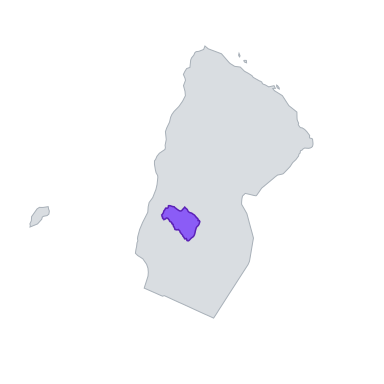 As Sawm, Hadramawt, Yemen (highlighted), rotated 133°
{"feature_id": "15242507B25439284744831", "entity_name": "As Sawm", "entity_type": "district", "adm_level": 2, "iso_a3": "YEM", "parent_name": "Yemen", "parent_adm1": "Hadramawt", "projection": "equal_earth", "projection_center": [49.843, 16.023], "detail": "fine", "context": "in_parent", "style": "filled", "palette": "violet", "viewbox_px": 384, "rotation_deg": 133, "n_neighbors": 0, "source": "geoboundaries", "source_scale": "gbopen_adm2", "svg_char_len": 7433}
<svg xmlns="http://www.w3.org/2000/svg" viewBox="0 0 384 384"><g transform="rotate(133 192 192)"><path d="M294.9,161.4L283.5,166.8L280.5,169.2L277.8,172.2L275.8,175.9L274.4,182.4L275.5,188.4L275.4,191.6L272.4,193.7L269.7,195.3L266.6,197.6L264.8,198.2L263.2,200.1L261.5,201.3L255.1,204.7L248.1,207.3L237.0,210.5L232.8,213.9L228.9,216.2L222.9,216.9L214.8,220.1L210.3,222.7L204.7,226.9L203.4,228.3L202.4,231.4L200.7,234.0L197.3,238.4L194.8,240.7L193.1,240.8L189.8,242.0L185.9,242.3L179.3,240.8L177.6,241.8L176.2,243.5L171.2,246.6L166.0,252.6L162.3,254.2L156.2,256.1L151.9,258.6L149.0,259.6L145.3,260.1L138.5,259.9L132.1,260.8L126.1,262.5L123.2,265.7L120.0,270.8L114.8,272.9L113.5,274.8L111.9,278.5L108.5,279.5L105.4,280.1L102.3,278.5L96.3,283.0L94.1,283.8L90.7,284.0L88.2,284.9L86.5,284.7L84.4,282.9L79.8,280.7L76.4,282.1L76.2,277.8L70.8,264.7L72.0,253.3L72.0,251.6L71.0,246.5L67.7,241.9L67.9,236.0L66.8,231.8L66.0,227.4L66.3,226.3L66.4,225.2L64.8,218.6L64.2,217.2L64.0,215.8L64.6,214.8L64.6,213.5L63.7,211.5L62.8,207.6L58.3,204.5L59.3,201.7L60.2,202.7L61.3,203.5L61.6,201.7L61.6,200.3L59.9,191.6L62.8,180.1L62.0,169.8L66.3,165.6L67.4,164.4L68.0,163.3L69.0,160.9L70.4,160.1L70.9,157.6L70.9,156.4L70.0,155.3L69.4,152.4L69.6,148.8L69.9,147.3L70.4,144.5L71.9,143.4L72.2,142.6L71.1,140.8L71.2,139.8L73.8,136.8L74.8,135.9L76.4,135.0L77.7,135.0L79.1,135.5L80.4,136.4L81.7,137.9L83.0,139.6L85.1,140.2L86.5,140.1L87.6,140.8L88.6,140.4L89.7,139.5L91.4,139.6L93.0,138.6L97.5,138.1L101.9,138.4L106.4,137.6L110.9,137.6L115.5,137.7L116.5,137.8L117.5,138.3L121.3,141.0L124.2,141.5L130.0,142.2L136.3,143.0L141.7,143.7L146.3,143.0L150.1,142.5L151.1,142.6L152.2,144.2L154.5,148.3L156.7,152.1L160.5,152.3L162.9,150.9L165.6,148.8L167.2,147.3L169.1,141.1L170.4,137.1L173.2,132.6L175.6,128.8L178.7,123.8L180.4,121.0L183.8,115.6L187.1,113.5L193.3,109.4L199.5,105.3L203.5,102.7L206.9,101.5L212.5,100.5L219.2,99.3L225.9,98.1L233.0,96.8L241.0,95.4L246.4,94.4L253.4,93.1L259.1,92.1L264.2,91.1L269.5,90.2L270.5,93.2L271.5,96.2L272.6,99.3L273.6,102.3L274.6,105.3L275.6,108.3L276.6,111.3L277.6,114.4L278.6,117.4L279.6,120.4L280.6,123.4L281.7,126.5L282.7,129.5L283.7,132.5L284.7,135.6L285.7,138.6L286.7,141.6L288.3,142.5L289.3,145.3L290.7,149.4L292.1,153.4L293.5,157.4L294.9,161.4ZM311.0,284.0L312.4,284.4L314.5,283.3L320.7,283.2L328.1,286.6L326.7,287.5L325.9,288.8L322.6,289.9L319.4,292.5L310.0,293.8L307.3,293.1L305.0,290.5L300.8,287.2L302.4,285.1L302.8,284.1L303.4,283.2L305.8,281.6L308.1,281.9L311.0,284.0ZM60.9,243.1L60.6,243.7L60.1,243.6L58.7,242.0L60.3,240.2L61.1,241.9L60.9,243.1ZM56.8,202.4L56.1,203.0L55.9,201.9L56.4,199.2L57.2,198.4L57.6,200.4L57.3,201.5L56.8,202.4ZM60.1,251.3L58.5,252.2L59.6,249.8L60.7,249.3L60.9,249.4L60.1,251.3Z" fill="#d9dde1" stroke="#a8b0b8" stroke-width="1"/><path d="M221.4,200.1L221.7,200.2L221.9,200.2L222.0,200.2L222.8,200.0L223.1,199.9L223.3,199.8L223.5,199.8L223.8,199.7L224.0,199.7L224.6,199.7L224.8,199.7L225.0,199.7L225.4,199.5L225.6,199.4L225.9,199.2L226.1,199.1L226.5,198.9L227.2,198.7L227.4,198.7L227.5,198.6L227.9,198.6L228.3,198.5L228.6,198.5L228.9,198.5L229.3,198.5L229.3,198.4L229.5,198.2L229.9,197.8L230.1,197.6L230.2,197.4L230.3,197.2L230.4,196.8L230.4,196.6L230.4,196.3L230.5,196.2L230.8,196.2L231.0,196.0L231.1,195.8L231.2,195.7L231.2,195.3L231.2,195.2L231.2,194.9L231.2,194.7L231.2,194.4L231.3,194.3L231.2,194.1L231.0,193.9L231.2,193.6L230.7,193.5L230.4,193.5L230.3,193.4L230.2,193.3L230.1,193.2L229.9,193.0L229.7,192.9L229.5,193.0L229.4,193.0L229.2,193.0L228.9,193.1L228.7,193.1L228.4,192.9L228.2,192.7L228.0,192.2L227.9,192.1L227.9,191.9L227.7,191.7L227.7,191.4L227.8,191.0L227.9,190.9L228.0,190.8L228.0,190.6L228.0,190.3L228.0,190.1L228.1,189.9L228.1,189.7L228.0,189.4L228.1,189.2L228.2,188.9L228.4,188.8L228.5,188.7L228.6,188.3L228.6,188.0L228.6,187.8L228.6,187.7L228.4,187.3L228.4,187.2L228.2,186.9L228.2,186.5L228.2,186.2L228.3,186.0L228.4,185.7L228.4,185.4L228.5,185.3L228.6,185.2L228.8,185.2L228.9,184.9L228.7,184.7L228.8,184.3L228.7,184.2L228.5,183.8L228.5,183.7L228.7,183.4L228.8,183.3L228.9,183.2L229.1,183.1L229.3,182.9L229.4,182.7L229.5,182.6L229.6,182.4L229.7,182.1L229.7,181.9L229.7,181.6L229.8,181.5L229.8,181.4L230.0,181.1L230.1,180.7L230.2,180.4L230.3,180.1L230.4,179.9L230.7,179.5L230.7,179.4L230.8,179.3L230.9,179.1L231.0,179.0L231.0,178.9L231.0,178.7L230.9,178.5L230.8,178.4L230.7,178.4L230.5,178.1L230.4,177.8L230.3,177.6L230.2,177.4L229.9,177.3L229.8,177.1L229.7,176.9L229.4,176.8L229.1,176.6L228.9,176.5L228.7,176.4L228.7,176.0L228.7,175.9L228.8,175.7L228.8,174.8L228.8,174.5L228.9,174.2L229.0,173.9L229.2,173.7L229.3,173.6L229.4,173.4L229.5,173.2L229.6,172.9L229.6,172.5L229.6,172.3L229.6,172.2L229.8,171.6L229.8,171.2L229.9,170.8L229.9,170.7L229.9,170.0L229.9,169.9L229.9,169.7L230.1,169.3L230.3,168.9L230.5,168.6L230.4,168.3L230.4,168.2L230.5,168.0L230.5,167.7L230.7,167.3L230.7,167.2L230.7,166.7L230.8,166.6L230.9,166.3L231.0,166.2L230.9,165.9L230.9,165.7L231.0,165.6L231.2,165.4L230.9,165.1L230.8,164.9L230.6,164.7L230.4,164.6L230.0,164.5L230.0,164.4L229.9,164.3L230.0,164.1L230.1,163.9L230.3,163.6L230.4,163.4L230.4,163.2L230.5,163.1L230.6,162.9L230.9,162.7L230.9,162.4L230.8,162.2L230.7,162.1L230.6,161.9L230.2,161.5L230.1,161.4L230.0,161.2L229.6,161.2L229.3,161.1L229.1,161.1L228.3,161.1L228.1,161.1L227.9,161.1L226.4,161.1L226.1,161.0L225.9,161.0L225.7,161.0L225.4,160.9L225.1,160.9L224.6,160.7L224.3,160.7L223.6,160.6L222.9,160.7L222.5,160.8L222.2,160.9L221.7,161.0L221.3,161.2L220.9,161.4L220.7,161.5L219.6,162.1L218.9,162.5L218.5,162.8L218.2,163.0L217.8,163.2L216.6,163.8L216.0,164.1L215.7,164.3L215.3,164.4L215.2,164.5L214.8,164.6L214.6,164.6L214.3,164.7L214.2,164.7L213.7,164.7L213.4,164.7L213.1,164.7L212.9,164.6L212.2,164.6L211.6,164.7L211.1,164.8L210.7,164.9L210.2,165.2L209.6,165.4L209.3,165.5L209.1,165.7L208.9,165.8L208.3,166.1L208.1,166.6L208.0,166.8L208.0,167.0L207.9,167.2L208.0,167.4L208.1,167.6L208.5,167.8L208.8,167.9L208.8,168.1L208.7,168.2L208.3,168.4L208.2,168.5L207.8,168.9L207.7,169.1L207.6,169.6L207.6,169.8L207.5,170.0L207.5,170.5L207.6,170.9L207.7,171.0L207.8,171.2L207.8,171.4L207.7,171.5L207.5,171.8L207.4,172.0L207.5,172.4L207.5,172.6L207.4,173.1L207.3,173.3L207.3,173.7L207.3,173.9L207.2,174.1L207.2,174.6L207.3,175.0L207.3,175.4L207.4,175.7L207.5,176.3L207.6,176.8L207.6,177.5L207.7,177.9L207.9,178.3L208.0,178.5L208.3,179.0L208.6,179.6L208.6,179.8L208.7,180.0L208.8,180.4L208.8,180.7L208.8,181.1L208.8,181.3L208.8,181.6L208.7,181.8L208.6,182.1L208.6,182.3L208.3,182.9L208.1,183.3L208.1,183.5L208.0,183.9L208.1,185.5L208.1,185.8L208.1,186.3L208.1,186.5L208.0,187.0L208.4,187.0L208.7,187.0L208.9,187.0L209.3,186.9L209.5,186.9L209.8,186.9L210.0,186.9L210.4,186.9L210.5,186.9L210.8,187.0L211.1,187.0L211.8,186.9L212.0,186.9L212.8,186.9L213.0,187.0L213.4,187.2L213.5,187.3L213.8,187.6L214.0,187.7L214.1,187.9L214.1,188.1L214.2,188.3L214.3,188.5L214.4,188.8L214.5,189.0L214.6,189.7L214.6,189.9L214.7,190.5L214.8,190.9L214.8,191.1L214.8,191.4L214.9,192.1L214.9,192.7L214.9,192.9L215.0,193.4L215.1,193.7L215.1,194.1L215.0,194.4L214.9,194.8L215.0,195.0L215.2,195.3L215.4,195.6L215.5,195.8L215.9,196.3L216.0,196.4L216.1,196.7L216.1,196.9L216.2,197.1L216.3,197.2L216.4,197.4L216.5,197.6L216.6,198.0L216.9,198.5L217.0,198.7L217.1,198.9L217.4,199.2L217.5,199.3L217.7,199.6L217.8,199.7L218.0,199.8L218.3,199.8L218.9,199.2L219.8,198.8L220.2,198.8L220.7,199.0L221.0,199.3L221.3,199.6L221.4,200.1Z" fill="#8b5cf6" stroke="#5b21b6" stroke-width="1.5"/></g></svg>